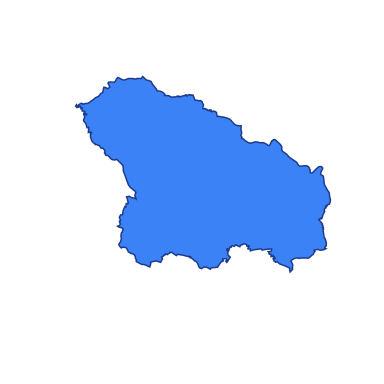 Boiu Mare, Maramures, Romania (Natural Earth projection), rotated 31°
{"feature_id": "2599482B25280106664114", "entity_name": "Boiu Mare", "entity_type": "district", "adm_level": 2, "iso_a3": "ROU", "parent_name": "Romania", "parent_adm1": "Maramures", "projection": "natural_earth1", "projection_center": [23.582, 47.399], "detail": "fine", "context": "isolated", "style": "filled", "palette": "blue", "viewbox_px": 384, "rotation_deg": 31, "n_neighbors": 0, "source": "geoboundaries", "source_scale": "gbopen_adm2", "svg_char_len": 6057}
<svg xmlns="http://www.w3.org/2000/svg" viewBox="0 0 384 384"><g transform="rotate(31 192 192)"><path d="M317.3,210.0L318.1,206.6L317.4,206.0L317.5,205.4L316.5,204.4L316.3,203.3L315.6,202.3L313.8,201.0L312.4,200.4L312.5,199.2L313.4,197.2L314.7,195.4L316.1,194.3L318.1,193.7L318.8,192.9L323.3,190.0L325.6,189.0L326.3,188.0L327.2,184.8L328.0,183.2L327.8,180.3L328.1,179.7L327.4,179.1L326.8,179.4L326.6,179.0L328.6,177.0L330.3,176.1L331.6,175.9L333.2,175.0L334.8,173.4L336.0,171.6L334.5,171.8L334.3,169.6L334.8,169.0L333.4,166.5L330.6,163.8L328.5,162.6L327.6,161.7L326.3,159.9L324.1,157.4L323.9,156.2L322.4,155.4L322.9,154.9L321.1,153.5L321.9,153.4L320.3,152.8L320.1,152.2L319.5,151.8L315.2,150.5L314.7,150.0L316.2,148.8L316.0,148.4L316.5,148.2L316.3,147.8L316.9,147.8L316.0,143.8L315.7,140.3L315.2,140.1L314.2,138.0L314.3,136.9L314.7,137.0L314.9,136.6L314.2,135.7L314.7,135.8L314.9,134.9L314.9,134.6L314.4,135.0L314.4,134.1L315.2,132.9L315.2,132.2L316.0,131.7L315.6,129.4L314.3,126.8L313.0,125.8L309.8,121.8L306.8,120.5L301.6,117.4L296.6,111.0L296.1,110.7L293.7,110.7L292.9,110.2L292.2,108.3L292.0,104.7L291.3,103.9L290.6,103.7L289.5,103.7L287.8,104.9L287.0,107.0L285.2,113.8L283.8,114.6L282.3,113.6L282.3,112.7L281.5,112.0L279.7,110.7L278.1,110.3L276.3,110.6L271.9,113.9L269.9,114.4L266.3,112.6L257.6,112.1L253.3,110.8L248.6,110.5L247.0,109.5L245.8,107.1L243.5,105.8L236.2,104.3L234.7,105.5L234.7,106.6L234.1,107.1L234.5,111.5L234.3,112.5L233.3,112.8L230.0,112.6L227.6,113.1L224.8,114.8L222.2,115.5L220.0,116.8L217.7,119.5L215.2,120.7L211.2,120.6L209.0,120.1L207.4,120.6L206.8,120.5L206.8,119.5L204.7,118.3L204.5,116.8L203.9,115.3L201.9,113.4L200.0,109.9L198.7,110.9L194.9,112.2L192.4,111.8L187.4,110.2L184.7,110.4L179.6,111.8L178.9,112.5L175.8,113.3L175.2,114.1L174.0,113.8L172.0,111.2L170.1,111.1L168.4,111.8L167.9,112.8L167.3,113.1L166.3,113.0L166.9,112.4L166.0,111.9L165.3,112.6L164.9,112.5L164.6,112.9L164.9,113.3L164.1,113.5L164.0,113.9L163.1,113.7L162.9,114.0L162.2,113.4L161.4,113.9L160.0,113.7L159.1,114.9L158.2,114.6L157.6,113.9L157.3,112.0L156.6,111.0L154.8,110.2L154.4,109.5L152.3,109.2L150.7,110.3L147.1,111.6L143.0,108.4L142.2,108.7L141.2,109.8L140.9,109.4L139.3,110.1L138.8,111.3L138.0,111.5L138.0,112.2L138.2,112.3L138.1,112.5L137.7,112.4L137.6,111.7L136.6,111.9L135.7,113.7L135.0,113.9L133.2,116.2L132.3,116.2L132.3,116.8L131.7,117.2L132.1,117.5L130.6,117.3L130.4,117.0L128.6,119.3L126.8,120.2L126.3,121.0L123.6,121.6L123.3,121.3L122.9,121.3L121.3,121.9L120.6,122.6L119.3,122.8L118.7,123.4L118.1,122.1L116.1,121.6L113.4,121.8L109.9,123.2L108.9,122.3L102.4,119.9L100.0,118.3L94.7,119.5L90.3,118.4L90.0,120.9L86.3,123.1L85.4,124.4L83.7,124.8L79.4,127.2L76.4,130.8L74.8,131.6L69.5,131.9L69.0,134.0L69.3,136.2L68.9,138.0L65.4,139.7L64.0,140.8L64.1,142.2L66.2,143.3L67.5,144.6L66.6,146.8L63.8,147.0L62.5,147.6L64.2,152.8L63.1,154.5L62.6,158.2L60.7,160.9L59.8,163.8L58.7,165.9L57.9,168.1L56.9,169.8L55.1,171.0L53.4,172.8L52.0,172.7L51.0,173.5L50.0,175.4L50.6,175.9L49.9,176.9L48.8,177.0L48.0,176.6L48.0,178.3L49.8,178.9L51.9,176.9L52.3,176.2L52.6,176.7L53.2,177.0L54.2,176.7L53.8,177.4L54.0,177.9L54.9,177.4L56.2,179.1L58.0,178.2L58.9,178.5L59.3,179.3L58.6,180.0L59.0,180.9L60.8,180.1L61.1,179.5L61.5,179.5L61.9,180.2L60.9,180.3L59.9,181.7L61.5,183.2L61.9,186.0L62.7,187.0L65.1,187.7L67.1,189.1L67.4,189.7L69.0,190.9L69.6,190.6L70.0,189.8L71.4,191.6L71.6,192.9L72.3,193.4L72.3,194.2L72.5,194.4L73.5,193.0L74.2,193.7L75.0,192.7L75.3,192.8L75.1,194.1L75.7,194.6L75.5,195.3L75.7,195.7L76.8,197.3L79.8,199.7L82.0,200.6L83.9,200.6L84.5,201.2L86.3,200.3L87.9,200.3L88.5,199.9L91.7,201.3L92.8,200.5L93.7,200.6L95.6,201.1L96.6,202.1L96.6,202.8L97.1,203.0L97.0,203.6L98.0,203.8L98.3,204.5L99.5,204.9L101.2,204.0L105.2,205.2L106.9,205.3L109.5,204.3L109.6,203.7L110.8,202.8L119.2,204.8L122.8,209.9L124.1,210.7L133.8,218.6L137.1,219.9L143.4,220.7L143.7,221.4L144.3,221.6L144.5,223.7L145.2,224.9L146.3,225.4L147.6,226.8L146.3,226.7L142.9,228.0L140.5,227.9L138.4,229.8L138.4,230.1L139.2,230.3L143.2,234.5L143.1,234.9L141.6,235.7L142.9,238.8L142.2,238.9L142.3,239.3L142.0,239.4L142.4,242.8L144.1,247.3L142.6,248.4L142.7,251.1L145.3,253.1L145.5,253.6L144.8,254.4L146.1,255.8L147.2,256.2L147.1,258.1L145.9,259.6L147.6,259.7L150.5,258.8L151.6,258.9L152.3,259.3L152.2,259.9L152.8,262.2L152.5,263.4L153.8,266.4L155.5,268.4L156.3,271.1L156.2,274.5L157.4,275.6L160.2,276.4L160.4,275.8L161.6,274.6L163.6,273.8L165.2,274.1L168.4,276.1L171.4,276.1L173.3,275.4L174.9,275.5L176.4,276.4L177.7,277.9L179.4,279.0L180.0,280.3L186.1,280.0L188.3,278.9L190.4,278.4L194.4,278.0L193.6,274.6L192.8,274.0L192.9,273.2L196.8,269.5L201.3,268.5L201.1,264.4L200.6,263.9L199.5,263.5L199.5,263.2L200.6,261.3L200.4,260.7L200.6,260.1L201.2,260.0L201.5,259.5L201.3,258.7L203.3,258.2L203.2,257.6L204.4,255.9L204.1,255.2L205.7,254.2L211.3,254.6L211.5,254.4L211.5,253.0L216.8,250.8L222.0,249.3L223.2,248.3L224.3,248.4L224.1,249.3L224.9,249.0L226.4,249.0L228.3,249.2L229.4,249.7L231.9,249.5L234.3,250.8L236.2,252.5L237.5,253.1L239.7,252.7L240.9,250.2L243.3,248.9L247.5,248.7L247.5,247.2L252.6,243.3L252.9,237.2L254.4,234.9L252.9,234.0L252.7,233.3L253.7,232.9L254.9,231.8L255.5,231.7L256.9,232.1L257.0,232.6L256.5,233.6L256.7,233.9L258.0,234.5L258.2,233.9L258.3,228.1L255.5,227.5L254.2,226.3L253.8,225.3L253.7,223.6L252.8,224.2L252.4,224.2L251.5,223.6L251.3,222.7L251.7,222.3L253.3,222.9L253.3,220.9L252.8,219.7L254.1,219.0L253.7,217.9L253.9,217.4L256.3,216.7L256.7,214.8L261.2,214.3L261.0,213.1L261.2,212.4L262.5,211.0L263.0,209.5L266.2,209.0L266.9,210.1L267.5,210.1L268.1,209.8L268.3,208.8L268.7,208.8L269.1,211.9L269.6,211.8L271.1,210.7L272.3,212.4L274.7,209.8L280.5,205.1L282.1,205.7L285.3,202.7L289.6,199.8L290.1,200.8L290.3,202.2L288.2,204.0L288.9,204.1L289.5,204.5L289.7,205.3L290.1,205.4L291.1,205.4L291.9,204.7L292.5,205.4L293.0,206.7L294.3,205.9L294.2,204.6L297.1,205.9L297.4,206.0L297.2,206.5L295.9,206.8L295.9,207.5L298.0,208.9L298.9,208.8L300.0,209.1L300.8,207.9L304.3,208.5L309.3,207.5L314.8,206.9L315.9,208.6L317.3,210.0Z" fill="#3b82f6" stroke="#1e3a8a" stroke-width="1.5"/></g></svg>